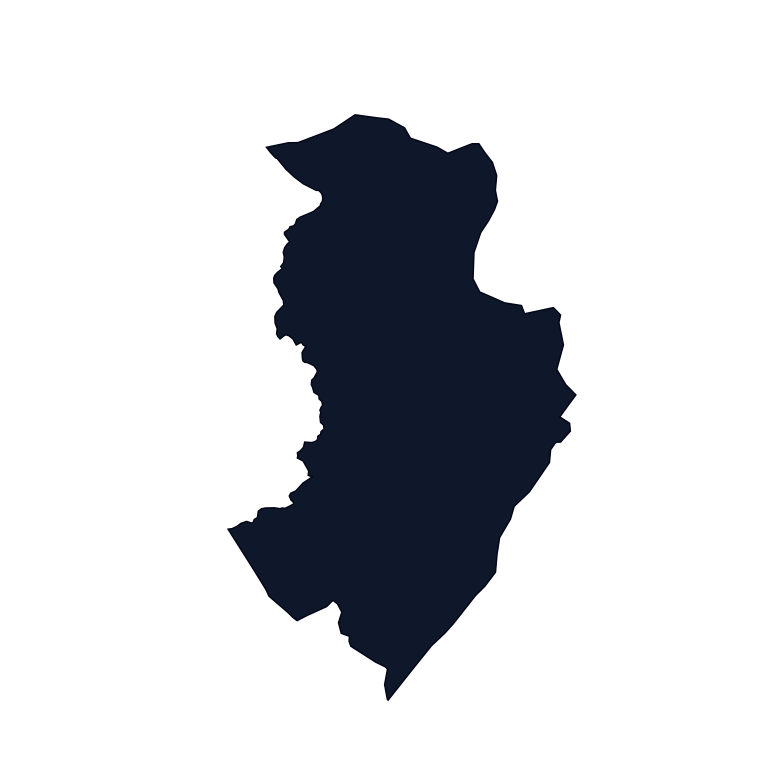 Mayo-Banyo, Adamaoua, Cameroon (Mercator projection), rotated 325°
{"feature_id": "32672807B95498803014525", "entity_name": "Mayo-Banyo", "entity_type": "district", "adm_level": 2, "iso_a3": "CMR", "parent_name": "Cameroon", "parent_adm1": "Adamaoua", "projection": "mercator", "projection_center": [11.642, 6.615], "detail": "fine", "context": "isolated", "style": "filled", "palette": "ink", "viewbox_px": 768, "rotation_deg": 325, "n_neighbors": 0, "source": "geoboundaries", "source_scale": "gbopen_adm2", "svg_char_len": 2811}
<svg xmlns="http://www.w3.org/2000/svg" viewBox="0 0 768 768"><g transform="rotate(325 384 384)"><path d="M599.5,241.6L594.1,237.8L592.3,237.3L568.6,231.6L563.4,220.5L546.6,197.8L547.5,188.3L547.8,186.1L539.7,169.7L530.4,161.5L514.7,146.9L489.2,146.3L452.1,137.0L443.9,131.5L423.5,122.7L423.9,129.7L424.8,136.4L425.9,138.1L425.9,139.0L426.9,152.1L429.3,163.2L432.9,174.1L439.4,186.2L440.8,187.5L441.6,188.1L442.2,191.5L441.7,194.1L440.4,196.7L438.3,199.0L435.3,200.2L434.0,201.5L425.1,202.3L410.9,199.2L407.0,199.2L403.0,202.2L402.1,202.3L400.6,202.6L397.2,201.3L395.0,202.6L389.5,202.6L388.3,204.3L388.3,212.3L388.3,213.5L384.9,213.9L380.8,215.4L377.0,218.4L375.1,222.9L371.4,227.0L367.6,228.3L366.8,228.5L366.9,231.2L361.2,231.4L356.9,232.3L354.4,234.0L351.9,238.1L351.7,245.5L350.5,248.4L349.4,258.0L347.2,261.8L341.7,262.9L337.2,263.8L333.3,266.1L329.7,271.7L328.3,277.4L324.8,281.3L324.3,284.1L324.7,287.4L330.8,287.1L332.4,288.0L333.8,290.0L335.3,295.0L334.9,297.9L334.5,301.7L340.3,302.4L340.2,305.7L341.5,308.3L335.0,311.2L331.7,316.5L330.9,318.7L331.5,320.7L333.6,322.6L337.1,328.8L337.4,333.3L336.6,335.6L335.7,336.1L330.5,338.8L327.0,339.4L324.0,343.0L323.6,345.7L321.8,350.7L324.1,355.9L322.3,359.1L323.0,362.3L322.5,364.3L320.8,366.7L319.3,366.9L316.4,368.8L316.1,370.8L312.9,373.8L312.7,374.2L310.0,379.1L310.9,382.8L309.2,386.5L305.3,386.8L303.1,388.9L300.0,388.8L297.3,391.6L294.3,391.7L291.0,390.4L285.7,386.1L281.7,389.7L277.2,390.7L276.5,390.7L273.6,390.7L272.2,393.4L270.6,394.9L273.6,400.7L272.4,412.1L269.5,415.4L272.1,418.9L260.8,418.7L255.5,419.9L250.2,421.0L244.9,420.0L242.2,421.4L241.3,425.7L241.9,428.3L241.5,430.0L240.8,430.4L231.8,429.2L229.4,427.1L227.3,426.5L223.4,422.7L216.7,418.2L215.6,417.5L212.0,415.9L208.1,416.1L203.7,420.8L199.9,420.6L197.1,422.6L195.6,421.8L192.7,417.8L186.9,416.1L182.1,416.3L178.5,415.7L176.7,415.4L173.0,413.5L171.1,454.8L170.0,475.0L169.4,484.7L168.1,491.9L174.2,515.8L175.6,523.3L177.1,528.0L188.4,529.5L209.3,533.4L215.2,532.4L218.1,531.9L219.8,537.4L218.6,546.7L209.8,553.5L206.0,563.7L211.0,570.9L207.9,574.6L206.4,579.8L217.6,607.0L223.0,616.8L223.2,619.7L212.0,630.7L211.1,632.8L205.9,644.2L206.0,645.3L221.5,640.7L240.4,635.0L272.8,625.6L290.8,623.0L303.7,620.0L337.8,609.7L350.6,607.5L367.4,602.1L378.9,588.3L382.8,584.3L390.6,576.1L410.1,567.2L420.4,558.9L441.2,555.7L467.6,545.8L474.5,543.2L482.8,533.4L490.6,530.5L492.3,530.8L495.4,532.9L498.4,532.1L509.6,529.5L513.5,522.6L509.1,511.8L523.2,506.9L534.9,503.0L532.5,488.8L533.9,471.1L553.4,454.9L562.5,434.0L568.2,428.8L566.6,418.6L539.4,407.1L541.6,398.6L529.3,386.7L515.2,363.5L517.2,349.0L533.1,327.9L550.1,315.4L563.1,310.3L574.4,304.6L581.8,299.4L586.3,289.2L587.9,287.3L595.9,277.8L599.9,264.6L599.3,252.7L599.5,241.6Z" fill="#0f172a" stroke="#020617" stroke-width="1.5"/></g></svg>